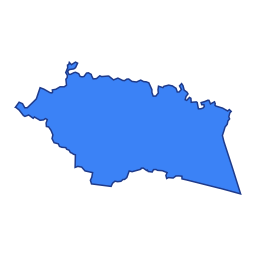 Las Marías, Puerto Rico
{"feature_id": "32010507B72195961791628", "entity_name": "Las Marías", "entity_type": "district", "adm_level": 2, "iso_a3": "PRI", "parent_name": "Puerto Rico", "parent_adm1": "", "projection": "mercator", "projection_center": [-66.994, 18.239], "detail": "fine", "context": "isolated", "style": "filled", "palette": "blue", "viewbox_px": 256, "rotation_deg": 0, "n_neighbors": 0, "source": "geoboundaries", "source_scale": "gbopen_adm2", "svg_char_len": 2278}
<svg xmlns="http://www.w3.org/2000/svg" viewBox="0 0 256 256"><path d="M69.3,62.4L68.8,64.4L67.5,65.1L67.7,67.8L65.7,72.6L67.3,75.2L67.2,77.6L65.9,79.2L66.5,85.2L64.2,86.8L60.1,86.8L55.8,89.3L52.3,89.9L52.6,92.1L51.9,92.9L50.1,92.7L43.8,89.1L40.1,87.7L36.4,98.7L35.9,99.3L33.2,102.0L27.3,107.7L24.8,107.8L22.5,103.7L19.1,102.2L15.4,107.3L15.9,107.4L19.2,110.1L23.4,115.5L24.9,116.4L28.7,115.0L33.2,118.3L34.4,117.0L40.1,120.3L43.5,119.9L45.5,118.6L47.3,119.6L46.1,123.0L46.4,126.5L48.6,126.9L51.0,130.3L52.9,134.9L52.0,138.6L54.1,142.7L58.3,143.8L59.5,146.4L61.9,147.3L65.8,147.6L66.6,149.2L69.1,150.2L70.4,152.5L71.7,153.0L73.6,154.3L75.4,154.8L75.1,167.4L77.8,166.4L81.7,167.1L85.0,170.9L92.6,172.6L91.8,177.2L90.4,180.3L91.5,183.9L111.1,186.4L112.5,183.3L114.9,181.2L117.7,181.7L120.9,181.3L122.9,179.5L124.6,179.4L126.8,177.6L129.2,171.0L132.1,171.7L140.7,169.3L141.3,168.2L143.3,168.1L146.6,170.5L147.3,170.1L148.2,171.5L152.2,172.0L153.5,169.6L156.1,169.5L157.4,170.3L162.4,170.7L167.1,172.6L165.9,175.5L166.7,178.5L168.4,177.6L173.2,178.0L175.9,176.0L178.7,175.9L181.9,176.2L182.0,178.9L186.5,179.9L219.9,188.3L220.1,188.3L240.6,193.9L232.3,167.5L223.9,141.6L222.4,135.5L224.0,130.5L225.0,127.1L227.2,124.3L227.9,121.0L229.6,118.9L228.8,116.8L229.8,113.0L231.2,111.4L229.3,109.6L227.7,111.0L222.6,108.1L216.0,106.1L215.0,105.3L215.2,103.6L214.5,101.8L210.5,103.9L209.0,100.4L207.9,100.2L204.6,101.6L201.1,102.6L201.7,104.7L203.9,104.7L204.3,106.6L202.9,108.1L200.6,108.8L198.4,108.8L197.2,102.5L196.3,101.9L191.2,102.3L190.9,98.3L189.5,97.4L186.7,100.4L185.2,99.7L186.0,96.5L188.0,93.9L187.0,92.2L184.2,90.1L183.0,85.7L181.6,83.6L179.5,85.9L181.4,89.4L179.1,92.0L177.3,92.0L176.0,88.3L172.4,85.9L168.7,85.1L164.0,86.3L162.9,87.6L158.5,86.2L158.0,89.8L158.3,93.0L155.8,96.1L153.2,96.1L151.9,92.4L151.9,89.6L148.8,82.8L146.2,81.8L143.6,81.6L140.7,80.1L136.5,82.0L131.9,81.4L128.7,79.0L126.9,79.1L124.6,80.6L122.8,80.5L117.9,78.1L113.5,79.9L108.8,76.1L107.3,76.1L101.6,76.6L99.8,75.8L96.5,78.6L93.2,78.9L91.7,76.0L91.2,74.4L88.4,72.8L86.5,73.1L84.0,76.5L82.1,76.9L80.1,76.4L78.7,73.7L75.6,72.3L74.1,72.6L70.4,74.4L69.0,74.4L67.6,71.6L68.4,70.7L69.1,69.6L73.8,68.9L75.5,67.7L77.6,63.2L75.5,62.1L71.4,64.7L69.3,62.4Z" fill="#3b82f6" stroke="#1e3a8a" stroke-width="1.5"/></svg>